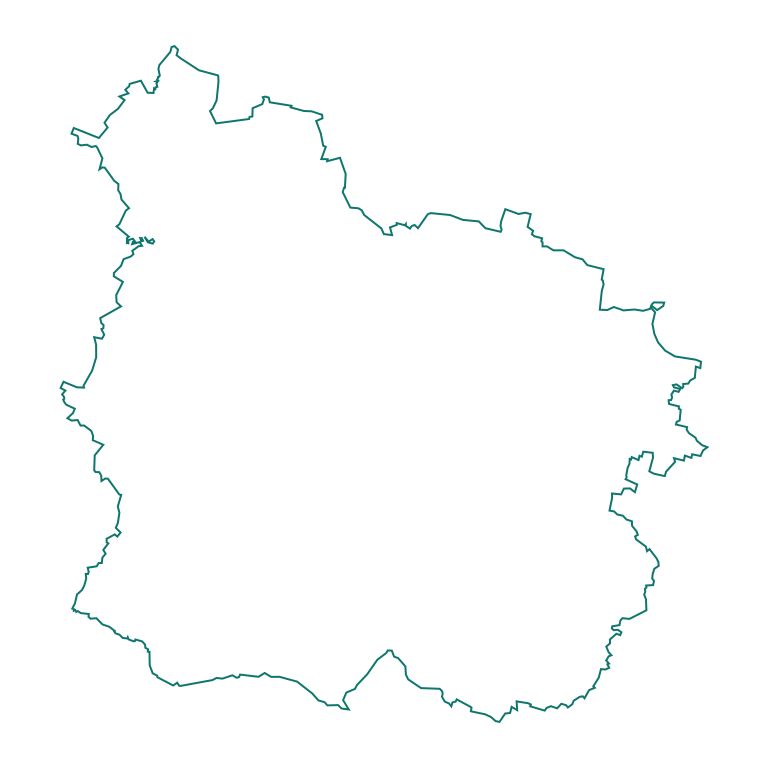 Ratoath Lea-7, Meath, Ireland
{"feature_id": "5873133B53714472852508", "entity_name": "Ratoath Lea-7", "entity_type": "district", "adm_level": 2, "iso_a3": "IRL", "parent_name": "Ireland", "parent_adm1": "Meath", "projection": "orthographic", "projection_center": [-6.561, 53.483], "detail": "fine", "context": "isolated", "style": "outline", "palette": "teal", "viewbox_px": 768, "rotation_deg": 0, "n_neighbors": 0, "source": "geoboundaries", "source_scale": "gbopen_adm2", "svg_char_len": 6028}
<svg xmlns="http://www.w3.org/2000/svg" viewBox="0 0 768 768"><path d="M157.6,76.2L158.3,77.6L157.1,79.6L158.2,80.7L156.1,81.4L157.5,81.8L156.5,83.3L157.3,86.8L155.7,87.2L155.3,89.1L154.1,88.3L153.5,93.0L147.6,92.7L140.9,80.7L129.7,83.9L129.1,86.3L125.3,89.8L128.4,93.4L119.4,96.5L124.6,100.1L117.9,108.9L109.9,115.0L104.5,122.7L107.6,127.5L98.9,138.0L73.8,128.0L71.5,133.7L77.5,135.9L78.3,138.3L77.8,143.9L81.0,145.4L86.9,144.7L91.5,147.0L95.8,146.0L97.3,147.7L102.4,158.4L99.5,169.3L102.3,167.4L104.8,167.7L114.2,180.8L118.4,184.0L118.2,190.3L120.5,194.0L121.5,199.6L129.0,208.2L125.8,210.6L119.4,224.2L116.6,226.4L128.8,236.7L127.1,237.9L126.9,243.1L128.3,243.3L128.3,240.1L132.9,238.7L135.1,241.6L132.9,241.8L132.1,244.1L139.6,242.1L142.0,245.8L138.6,246.2L132.3,250.8L133.5,254.1L130.8,256.5L123.6,259.2L121.0,265.9L113.9,273.0L113.8,276.3L122.9,281.9L116.2,295.2L116.6,302.2L121.0,306.4L100.2,318.1L101.3,323.1L103.6,325.1L103.3,328.3L101.4,329.1L104.2,334.7L102.0,338.7L94.2,337.2L96.1,344.6L96.2,357.3L92.1,370.7L83.5,385.7L84.0,387.6L76.9,387.3L63.5,381.8L60.6,388.0L65.4,390.6L62.1,394.4L64.1,397.0L64.3,398.8L63.2,399.6L64.2,401.9L66.1,404.6L74.8,408.7L73.0,413.1L67.4,418.2L71.7,420.6L77.6,420.0L80.5,425.5L84.1,425.5L91.3,430.9L93.1,435.8L92.8,440.2L103.3,444.8L94.7,455.4L94.2,470.3L95.5,472.0L99.3,472.2L101.2,475.6L101.5,481.0L105.3,478.5L107.9,478.7L119.3,494.5L121.2,494.9L117.8,506.5L119.4,512.7L117.9,522.9L115.8,527.8L120.6,532.5L117.3,536.6L114.8,534.4L106.6,538.8L106.7,542.3L108.3,543.4L103.3,549.9L105.6,553.7L102.4,557.6L101.8,563.0L98.6,563.1L96.7,566.3L87.7,567.7L88.7,571.9L88.0,574.0L85.8,573.9L86.2,578.7L84.2,585.8L82.0,590.0L77.0,594.5L75.0,603.2L72.3,608.6L73.9,609.2L73.8,610.7L75.3,610.0L76.2,611.9L77.9,611.1L80.8,613.1L88.8,614.0L88.5,616.8L90.6,618.7L96.3,618.2L102.6,624.5L109.4,626.8L114.8,631.0L114.2,631.5L115.4,633.3L119.5,634.7L122.6,637.9L127.4,638.5L127.8,637.4L128.6,639.4L133.4,641.2L134.8,641.2L135.4,639.5L142.1,641.4L145.0,644.5L145.4,647.8L148.1,649.3L147.8,651.6L149.5,651.8L149.7,665.4L152.7,673.3L157.2,675.7L157.4,677.2L173.2,685.5L177.2,682.7L179.2,685.8L181.2,685.8L212.3,680.1L216.5,678.0L222.5,678.6L232.4,675.3L236.7,677.8L239.0,677.1L240.1,674.6L258.4,676.8L264.7,673.0L271.2,676.9L279.4,676.8L297.1,681.6L312.3,693.5L318.4,700.4L324.6,702.2L327.4,705.4L338.1,705.1L341.6,708.5L348.8,709.5L343.1,700.2L346.3,692.6L355.0,688.9L357.0,685.0L367.2,674.3L377.3,659.8L386.3,653.0L387.7,650.5L391.8,650.6L394.1,656.6L398.1,658.1L405.4,666.4L405.9,674.6L408.2,679.4L421.1,688.1L439.7,688.8L442.1,691.2L442.7,693.5L442.0,696.8L444.8,701.6L449.1,703.5L451.3,706.3L452.5,702.4L455.6,701.6L456.7,699.4L470.8,707.0L471.5,707.6L470.9,711.3L485.1,714.3L491.0,717.0L495.6,721.1L499.5,721.9L505.2,713.5L510.1,713.0L511.6,706.9L517.2,710.1L516.6,701.4L528.0,703.2L530.9,704.5L530.2,706.3L544.7,710.6L546.6,707.9L550.9,706.2L557.2,708.3L561.3,703.8L566.1,705.2L567.9,707.5L572.2,704.3L573.8,700.6L579.8,696.8L582.8,696.3L584.5,698.3L589.1,690.1L594.8,687.8L593.3,686.3L598.7,677.8L601.0,669.1L605.4,669.5L609.2,667.8L607.4,664.3L609.0,663.6L606.2,660.5L608.7,656.3L611.4,655.3L608.6,652.2L606.3,646.6L610.1,643.3L609.9,639.5L616.4,633.8L620.2,635.1L621.4,632.3L617.9,629.8L613.7,630.2L611.9,628.5L612.3,626.3L619.5,625.1L620.4,620.5L622.4,618.2L629.5,618.9L646.4,610.3L646.0,599.3L644.2,594.7L645.3,591.5L644.9,588.9L646.4,587.5L646.2,585.5L653.1,585.1L654.0,580.9L652.2,578.5L652.7,574.0L654.4,568.7L658.7,565.9L658.4,562.1L656.6,558.4L649.5,549.1L647.1,551.2L645.8,546.5L636.1,539.4L635.1,536.4L637.8,534.9L636.6,531.4L632.1,525.9L631.9,521.3L626.4,519.5L622.9,515.7L617.3,514.5L614.1,511.4L609.5,510.6L612.1,497.9L612.0,493.5L621.1,494.4L623.9,488.6L630.0,488.4L634.9,492.2L637.2,484.5L625.6,479.2L626.6,477.4L626.3,475.0L627.6,468.0L629.5,463.7L629.7,459.0L631.1,459.5L631.7,457.1L638.5,460.1L639.5,455.8L641.8,456.7L643.3,451.7L652.7,452.8L653.0,457.6L649.3,471.3L653.9,473.7L664.8,476.1L666.1,471.6L675.1,461.8L674.0,458.2L683.9,460.6L684.9,455.6L691.4,457.9L692.2,454.3L700.5,456.0L703.1,450.4L707.4,447.2L702.1,445.2L696.9,440.8L695.5,437.7L688.9,433.1L686.6,429.5L687.1,427.1L675.9,424.5L676.7,421.9L679.7,420.4L680.7,409.7L678.8,408.7L678.9,406.4L669.1,404.0L668.6,400.2L671.1,400.0L672.1,397.5L671.4,394.6L673.9,390.6L678.6,391.9L680.2,389.0L674.0,387.4L672.9,385.1L676.5,384.4L682.2,388.2L683.3,386.9L683.2,384.0L688.2,383.6L690.4,380.3L694.8,377.9L695.9,366.6L700.3,368.1L701.0,361.7L695.8,359.7L674.9,356.4L665.1,350.6L658.1,342.4L654.4,334.0L652.4,324.0L655.1,312.3L650.7,307.5L651.7,305.8L657.1,310.1L663.2,306.0L664.2,302.6L653.9,302.4L651.8,304.4L650.0,308.9L643.1,310.8L634.5,309.5L623.6,310.4L613.8,307.0L607.4,310.0L599.8,309.7L601.8,290.9L603.6,284.4L602.8,280.4L601.7,279.7L603.6,269.2L587.3,265.1L582.5,259.3L574.9,257.2L563.5,250.3L553.4,250.3L547.0,246.4L542.5,246.4L542.6,242.5L541.3,241.2L542.1,238.3L534.2,236.2L531.9,234.2L533.1,230.8L527.6,226.9L530.7,214.1L525.2,212.7L518.7,214.0L505.3,209.2L501.2,221.2L500.5,225.9L501.6,229.6L500.7,231.8L485.4,228.2L478.8,221.4L462.9,219.9L450.0,215.0L430.8,213.1L427.8,214.2L418.0,228.2L414.5,224.9L411.5,226.3L410.0,228.6L405.8,225.8L405.8,224.0L404.8,225.2L396.7,223.1L396.8,224.9L390.0,227.4L392.1,235.1L383.9,234.1L381.3,228.4L364.2,215.0L361.6,210.2L358.5,208.3L350.4,207.6L342.7,192.1L344.0,187.8L344.9,187.8L345.7,174.0L340.0,157.8L327.1,161.2L327.6,159.2L321.3,159.1L325.8,146.9L323.2,145.7L320.8,133.5L316.2,121.0L322.5,118.3L322.1,114.8L311.5,111.3L304.0,111.0L290.7,107.4L291.5,105.8L269.8,102.3L268.8,97.6L265.3,96.6L262.8,97.2L263.9,99.5L262.3,104.1L252.6,108.2L252.4,116.5L249.6,116.9L249.0,119.0L216.1,123.4L210.0,111.0L212.8,108.4L216.6,100.4L218.5,81.7L218.2,75.5L199.0,70.3L180.6,58.3L176.6,55.2L178.0,49.7L174.5,46.1L171.6,47.0L170.3,52.0L159.4,65.0L158.4,69.0L159.8,75.6L158.5,77.3L157.6,76.2ZM144.5,236.8L148.6,241.6L152.6,239.1L154.2,241.4L152.7,243.6L147.9,242.3L144.5,236.8ZM140.2,238.0L141.8,238.1L143.1,240.8L141.4,241.3L140.2,238.0Z" fill="none" stroke="#0f766e" stroke-width="2"/></svg>